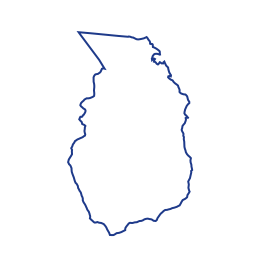 the district of Alego Usonga, Nyanza, Kenya, rotated 80°
{"feature_id": "3690345B57306569752992", "entity_name": "Alego Usonga", "entity_type": "district", "adm_level": 2, "iso_a3": "KEN", "parent_name": "Kenya", "parent_adm1": "Nyanza", "projection": "albers", "projection_center": [34.222, 0.062], "detail": "fine", "context": "isolated", "style": "outline", "palette": "blue", "viewbox_px": 256, "rotation_deg": 80, "n_neighbors": 0, "source": "geoboundaries", "source_scale": "gbopen_adm2", "svg_char_len": 5365}
<svg xmlns="http://www.w3.org/2000/svg" viewBox="0 0 256 256"><g transform="rotate(80 128 128)"><path d="M128.9,66.6L127.8,67.4L126.3,68.2L125.5,68.7L124.7,69.5L124.1,69.6L123.4,69.9L122.2,69.6L121.0,69.1L120.4,68.8L119.8,68.6L118.3,67.6L117.0,66.7L116.4,66.3L115.6,65.4L115.1,64.9L114.8,64.4L114.1,63.3L113.5,63.2L112.8,63.1L111.7,63.6L111.2,63.8L110.6,64.0L109.2,64.1L107.7,64.2L107.0,64.3L106.0,64.9L105.5,65.2L105.0,65.6L104.6,67.0L104.4,67.6L103.4,69.4L103.1,69.8L102.6,70.3L101.5,71.0L100.3,70.8L99.8,70.6L99.3,70.6L98.1,70.8L97.4,71.0L96.7,71.2L94.9,71.4L93.6,72.5L92.3,73.8L90.7,75.0L88.9,75.8L88.5,76.3L87.9,77.3L87.5,77.7L87.0,78.2L86.0,79.1L85.0,79.7L84.5,79.5L84.1,79.3L84.0,78.2L84.6,76.9L84.0,76.7L83.5,76.5L82.2,77.1L81.7,77.2L81.2,77.5L79.9,77.8L78.0,78.0L77.5,78.0L76.8,78.1L75.6,78.0L74.9,78.3L73.9,79.1L73.3,79.5L72.5,79.8L71.0,80.2L70.3,80.4L68.9,80.7L69.2,81.2L69.4,81.6L70.5,82.2L70.3,83.0L70.2,83.7L68.9,84.9L68.7,85.3L70.0,86.5L70.3,87.0L70.6,87.5L69.7,88.6L68.4,89.2L67.7,89.8L67.2,90.9L66.7,90.7L66.0,90.5L64.8,89.5L64.5,89.9L64.1,90.4L64.6,91.5L65.3,92.5L63.9,92.5L63.5,92.2L62.8,91.8L61.5,91.2L60.0,89.6L59.7,88.6L59.8,87.5L60.0,86.5L60.3,85.7L60.7,84.9L61.2,84.2L61.2,83.7L60.6,83.7L60.1,83.7L59.3,83.6L58.7,83.5L58.0,83.5L56.9,84.3L55.4,85.7L54.3,86.9L53.9,87.4L52.9,88.8L52.6,89.4L51.4,89.3L50.5,89.2L50.0,89.2L49.5,89.6L49.3,90.3L49.3,90.8L48.8,91.6L48.1,91.4L47.2,91.4L46.0,91.7L45.3,92.1L44.7,92.5L44.1,92.7L43.5,93.0L43.0,93.1L41.7,93.9L41.9,94.6L42.1,95.4L42.3,96.3L42.5,97.0L42.5,97.8L42.6,99.2L42.6,99.9L42.6,100.7L42.6,102.1L42.5,102.6L42.3,103.5L42.1,104.0L41.7,104.7L39.8,107.2L39.6,108.0L39.3,108.7L38.5,110.0L38.2,110.8L38.0,111.5L38.2,112.0L35.7,121.4L28.3,148.0L25.1,160.0L27.4,158.9L43.5,150.8L55.8,144.6L65.5,140.8L64.9,142.2L65.2,143.4L65.7,143.7L66.2,144.1L67.6,145.0L68.2,145.6L68.6,146.2L69.1,147.4L69.4,147.9L69.5,148.5L69.5,149.9L69.5,150.4L69.7,151.1L70.7,152.2L72.1,153.1L73.9,153.4L75.8,153.7L76.4,153.8L77.0,153.8L78.4,153.7L80.1,153.8L81.9,154.1L82.6,154.3L83.3,154.5L85.2,155.0L87.0,155.1L87.9,155.2L88.7,155.3L90.5,155.8L91.0,156.7L91.5,158.3L91.9,160.3L91.9,161.0L91.9,161.7L91.6,163.6L92.4,165.9L93.3,166.9L94.3,168.6L95.3,169.9L96.6,170.7L97.3,171.0L98.5,170.5L99.9,169.3L100.4,169.0L100.9,168.6L101.9,167.5L102.4,167.0L103.6,166.8L104.2,167.0L104.7,167.2L105.7,167.9L106.2,168.4L107.2,169.2L107.5,169.8L107.8,170.4L108.7,170.9L108.9,171.3L109.0,171.8L108.7,172.9L109.1,173.3L109.5,173.6L110.5,174.1L110.9,174.5L112.2,173.9L112.8,173.4L114.2,172.5L114.7,172.5L116.1,172.4L116.8,171.4L117.2,170.8L117.6,170.3L118.6,169.6L119.9,170.4L121.3,170.7L122.8,171.2L123.4,171.4L125.2,171.4L126.8,171.2L128.0,171.7L128.4,172.8L128.7,173.4L129.0,173.9L129.4,175.1L129.5,175.7L129.8,177.0L130.2,178.4L130.3,178.9L130.4,179.5L131.0,181.0L131.3,181.4L131.7,182.5L133.0,183.4L134.7,185.2L135.2,185.4L136.1,185.9L136.6,186.2L137.0,186.5L138.0,187.4L138.5,187.3L139.8,186.9L141.1,187.3L141.8,187.4L144.1,187.7L144.6,188.1L145.8,189.1L146.4,189.7L147.0,190.2L148.2,191.3L148.8,191.8L149.5,192.1L151.2,192.9L151.7,192.8L152.9,192.4L153.5,192.3L154.5,191.5L155.1,191.2L156.4,190.9L157.8,190.6L159.0,190.8L161.4,191.0L163.5,190.7L165.6,190.3L167.1,190.0L167.8,189.9L168.9,189.8L169.9,189.7L170.8,189.6L172.3,189.3L173.0,189.1L174.0,188.3L175.2,187.9L175.9,187.6L176.4,187.5L177.8,187.5L178.5,187.5L180.1,186.9L180.7,186.8L181.2,186.7L182.3,186.1L183.8,185.6L184.4,185.6L185.0,185.5L186.6,185.4L187.3,185.2L187.8,185.0L189.1,184.8L189.6,184.8L190.1,184.8L191.1,185.1L192.4,184.9L193.2,184.7L193.8,184.5L195.1,183.9L196.2,183.5L197.1,183.2L198.5,182.9L199.4,182.6L200.7,182.4L202.2,181.9L203.2,181.3L203.7,181.1L204.2,181.1L205.5,180.8L206.1,180.8L206.5,180.8L207.6,180.6L208.4,180.6L209.1,180.7L210.4,181.2L212.0,180.1L212.6,179.6L213.1,179.2L214.7,178.0L215.3,177.4L215.5,176.1L215.3,174.5L216.2,173.0L216.9,170.8L218.4,168.6L220.4,167.4L222.2,166.6L224.0,166.2L225.7,165.6L227.8,164.8L230.2,164.4L230.6,162.7L230.9,160.8L230.4,159.3L229.6,157.5L229.7,155.0L229.4,153.0L229.3,152.5L228.8,150.9L228.1,148.5L227.4,148.4L226.0,147.9L224.7,146.7L223.3,145.1L222.3,144.0L222.0,143.5L221.7,142.5L222.0,141.6L222.3,140.3L222.3,139.6L222.1,137.9L222.3,135.6L221.6,132.9L221.8,131.0L221.5,129.4L220.8,127.7L220.6,125.9L220.7,124.2L221.4,122.7L221.8,121.4L222.1,120.7L222.4,120.3L223.8,118.9L224.4,116.9L223.5,115.5L222.2,114.8L221.8,114.5L221.1,113.8L220.4,113.1L219.5,112.2L218.7,111.4L218.0,110.6L217.0,108.9L215.9,107.3L215.2,105.6L215.4,103.8L215.2,102.0L215.1,100.2L214.6,98.4L214.5,96.2L214.1,93.6L213.5,91.8L213.2,90.6L212.1,89.7L211.4,89.1L210.4,88.4L208.5,86.7L208.0,85.1L207.6,83.8L206.7,82.2L206.4,81.8L204.4,81.1L202.7,79.5L201.4,78.4L200.6,78.6L199.8,78.7L197.4,78.9L194.5,78.0L193.9,77.9L191.2,78.0L189.3,76.6L188.2,75.7L186.5,75.0L184.6,74.2L183.0,73.5L182.5,73.4L181.3,73.3L180.5,72.1L178.8,72.1L176.9,72.2L175.5,72.0L175.1,72.0L174.2,72.1L172.7,72.3L170.6,72.1L169.9,71.8L168.6,71.3L167.3,72.1L165.6,73.5L163.9,74.5L161.9,75.2L159.9,75.3L158.2,75.6L156.4,75.7L155.7,75.6L154.9,75.5L153.4,75.3L151.3,75.0L148.6,75.0L146.6,74.5L145.3,74.9L143.9,74.5L143.3,74.4L142.4,74.6L140.8,75.2L139.2,75.5L138.1,75.0L137.6,74.7L137.0,74.5L135.5,74.0L134.2,72.6L133.9,72.2L133.1,71.2L132.5,70.9L131.0,70.0L130.6,69.8L129.4,69.4L128.2,69.5L128.0,69.1L127.5,68.4L128.9,66.6Z" fill="none" stroke="#1e3a8a" stroke-width="2"/></g></svg>